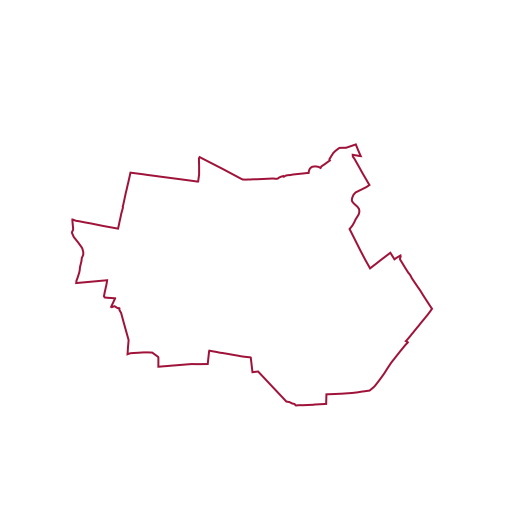 Fierbinti-Targ, Ilfov, Romania (Natural Earth projection), rotated 115°
{"feature_id": "2599482B78401565659465", "entity_name": "Fierbinti-Targ", "entity_type": "district", "adm_level": 2, "iso_a3": "ROU", "parent_name": "Romania", "parent_adm1": "Ilfov", "projection": "natural_earth1", "projection_center": [26.385, 44.666], "detail": "fine", "context": "isolated", "style": "outline", "palette": "rose", "viewbox_px": 512, "rotation_deg": 115, "n_neighbors": 0, "source": "geoboundaries", "source_scale": "gbopen_adm2", "svg_char_len": 5171}
<svg xmlns="http://www.w3.org/2000/svg" viewBox="0 0 512 512"><g transform="rotate(115 256 256)"><path d="M303.1,89.5L299.0,88.9L295.2,88.3L281.3,85.0L278.5,84.3L273.1,82.9L270.7,82.0L270.1,81.9L270.0,82.6L269.9,83.3L269.8,84.2L269.1,83.9L263.2,82.3L260.9,81.8L258.9,81.2L257.9,81.0L255.9,80.5L254.8,80.2L252.7,79.7L250.7,79.1L247.9,78.5L236.7,75.6L231.9,74.6L230.1,74.3L229.4,74.2L228.5,75.8L228.2,76.3L226.9,78.4L225.9,80.0L224.3,82.6L222.4,85.6L221.9,86.4L221.7,86.7L221.4,87.1L221.2,87.6L220.2,89.0L219.7,89.8L219.1,90.7L218.4,91.8L218.2,92.0L217.7,92.9L216.7,94.5L216.0,95.9L215.5,96.7L214.9,97.6L214.5,98.4L213.3,100.3L213.2,100.6L212.5,101.7L211.9,102.7L210.0,105.8L209.1,106.8L209.0,107.0L208.0,108.4L207.5,109.4L207.2,109.8L207.0,110.6L206.8,110.9L205.2,113.4L204.1,115.1L203.6,115.9L201.6,118.9L200.0,121.3L198.3,123.9L198.0,124.1L197.7,124.3L197.4,124.4L195.3,124.7L194.5,125.3L198.3,127.9L199.2,128.4L200.5,129.1L196.3,135.6L207.3,141.4L210.9,143.2L219.0,147.4L214.9,153.1L213.4,155.2L207.0,163.6L199.5,173.1L192.0,182.6L189.1,181.8L186.7,181.4L183.8,181.2L180.6,181.2L177.6,180.8L174.9,180.5L172.6,180.9L171.1,181.6L169.7,182.7L168.5,184.9L168.0,186.5L167.0,189.7L165.9,191.9L164.8,192.8L162.6,193.4L159.2,193.5L156.3,192.6L146.9,185.1L143.7,183.2L143.0,184.3L139.9,188.7L136.9,193.1L134.4,196.6L132.9,198.6L130.9,201.4L128.2,205.2L126.9,207.0L126.0,208.3L125.7,208.9L125.0,210.2L123.4,211.1L122.7,208.4L122.2,206.7L122.0,206.0L121.9,205.4L121.2,203.3L120.8,203.8L116.8,208.3L112.7,212.7L115.8,215.9L118.5,218.7L120.0,220.3L120.0,220.5L120.4,221.3L122.7,226.0L123.0,226.2L123.5,226.5L124.2,226.9L126.1,227.9L128.1,228.8L129.0,229.1L130.1,229.5L130.6,229.6L131.8,229.7L133.6,230.0L135.0,230.1L137.0,230.4L137.4,230.3L137.7,230.0L138.2,229.4L139.5,230.2L143.7,232.5L144.5,233.0L145.5,233.6L147.2,234.6L148.9,234.7L148.8,236.9L149.3,238.9L149.5,239.5L149.8,240.3L151.4,242.8L152.5,243.5L154.1,244.1L155.3,244.1L157.3,243.8L158.5,243.4L159.7,245.6L160.2,246.4L161.3,248.2L161.9,249.2L163.5,251.9L165.0,254.4L166.5,256.9L167.3,258.0L168.1,259.1L168.7,260.2L169.4,261.4L170.0,262.3L170.8,263.2L171.4,263.6L172.4,264.3L172.5,265.1L172.2,265.3L172.7,265.8L173.5,266.8L175.1,268.2L176.5,268.9L177.1,269.6L177.6,270.5L178.6,273.4L184.6,284.8L185.5,286.5L188.0,291.6L188.9,293.2L189.6,294.5L189.9,295.4L190.1,295.7L190.9,297.1L191.4,298.3L192.3,300.3L192.3,301.8L191.8,311.5L191.2,322.4L190.7,335.9L190.3,346.5L190.2,348.9L191.6,349.0L195.5,347.1L199.1,345.3L201.7,344.1L206.2,342.0L213.0,339.9L213.1,340.0L213.6,341.5L215.0,346.1L218.7,357.9L225.5,379.4L225.5,379.5L226.8,383.6L228.7,389.6L229.4,392.1L233.4,404.6L233.5,405.0L240.7,403.4L240.9,403.4L243.9,402.7L244.6,402.6L248.4,401.8L250.6,401.3L251.7,401.1L253.3,400.8L258.1,399.7L262.0,398.8L266.0,397.9L267.0,397.7L267.6,397.6L268.0,397.3L268.3,397.1L270.4,396.7L272.9,396.3L274.6,396.0L278.3,395.1L282.0,394.3L283.4,394.0L284.9,393.6L289.5,392.6L292.3,403.2L292.6,404.3L293.6,408.2L296.2,419.1L297.9,425.4L299.0,430.0L299.7,432.5L300.1,433.6L300.3,435.3L300.4,437.4L300.5,437.8L301.5,437.4L301.8,437.2L303.9,436.0L306.1,434.7L307.3,434.0L308.7,433.2L309.7,432.8L311.7,432.9L312.8,432.6L315.8,429.2L318.7,423.3L320.8,419.5L321.8,417.7L322.3,417.0L322.9,416.3L325.6,414.1L327.9,413.1L331.6,413.0L334.5,412.0L340.5,410.8L343.3,409.8L345.7,409.2L351.1,408.5L354.2,408.3L356.5,407.5L340.9,380.7L342.1,380.3L343.9,379.8L345.1,379.5L346.1,379.2L347.4,379.0L349.5,378.5L352.8,377.8L355.0,377.2L356.0,377.0L356.7,376.8L357.0,376.3L357.2,376.0L357.4,375.8L357.5,375.7L357.4,375.2L357.1,374.3L356.5,372.6L355.1,369.1L354.8,368.2L354.5,367.5L354.2,366.6L354.1,366.3L353.9,365.8L354.1,365.7L354.5,365.8L355.7,365.8L357.2,365.8L358.7,365.8L362.5,365.8L363.3,365.8L363.3,365.0L362.6,364.4L362.0,363.8L361.3,363.0L361.3,362.7L361.4,362.1L361.7,359.4L361.5,358.9L361.1,358.0L361.1,357.7L361.4,357.5L362.2,357.2L362.7,356.9L364.0,355.1L364.6,354.2L371.6,348.3L382.1,339.3L385.7,336.2L386.6,335.7L392.7,333.5L399.3,330.9L397.8,329.4L397.0,328.4L395.9,326.4L393.1,321.2L390.9,317.2L390.3,315.9L389.6,314.4L388.3,311.5L387.4,309.2L388.8,302.1L389.0,301.9L389.4,301.5L397.6,297.7L396.8,296.2L395.5,294.0L393.5,290.4L392.8,289.2L390.6,285.4L389.1,282.7L387.9,280.6L383.1,272.2L382.7,271.5L381.1,268.6L380.3,266.8L379.3,264.6L377.3,260.3L374.3,254.1L367.0,256.6L362.3,258.2L361.5,258.3L360.7,255.0L360.2,253.3L359.5,250.6L359.0,248.2L358.2,245.7L357.9,244.9L357.8,244.3L357.2,242.3L354.7,232.9L354.0,230.4L353.3,227.5L352.2,223.9L351.8,222.8L351.0,220.4L350.3,218.6L350.3,217.8L362.8,210.1L359.8,205.3L375.1,166.9L374.9,166.3L374.6,165.2L374.3,164.1L374.3,163.3L374.3,162.5L374.4,160.9L374.2,160.1L373.9,158.9L373.9,158.4L374.3,157.6L374.6,156.9L374.5,156.5L373.9,155.5L373.3,154.4L372.4,152.7L372.1,152.1L372.0,151.7L371.8,151.2L371.5,150.6L366.4,140.8L366.2,140.7L366.0,140.4L360.4,129.9L356.5,131.6L351.6,133.7L348.0,126.7L344.4,119.8L342.5,116.4L340.3,112.4L339.0,110.1L337.8,108.2L336.7,106.4L335.5,104.7L334.2,102.8L332.7,100.4L331.9,99.2L331.0,97.8L330.1,96.4L330.0,96.2L326.0,94.3L324.3,93.6L323.7,93.4L321.3,92.8L316.3,91.7L310.2,90.5L309.2,90.3L307.1,90.0L303.1,89.5Z" fill="none" stroke="#9f1239" stroke-width="2"/></g></svg>